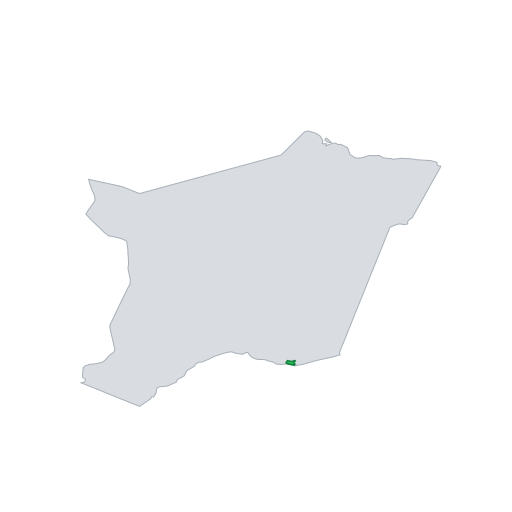 location of Funyula, Western, Kenya, rotated 255°
{"feature_id": "3690345B93161899730703", "entity_name": "Funyula", "entity_type": "district", "adm_level": 2, "iso_a3": "KEN", "parent_name": "Kenya", "parent_adm1": "Western", "projection": "equal_earth", "projection_center": [34.091, 0.245], "detail": "fine", "context": "in_parent", "style": "filled", "palette": "green", "viewbox_px": 512, "rotation_deg": 255, "n_neighbors": 0, "source": "geoboundaries", "source_scale": "gbopen_adm2", "svg_char_len": 4344}
<svg xmlns="http://www.w3.org/2000/svg" viewBox="0 0 512 512"><g transform="rotate(255 256 256)"><path d="M138.7,311.6L138.6,304.8L139.4,287.6L139.3,272.5L139.9,264.9L142.7,260.1L144.0,256.7L144.9,251.8L146.3,247.8L149.6,244.6L150.2,242.8L153.7,237.4L155.8,230.5L157.3,228.1L159.3,226.0L160.7,224.8L163.0,223.7L164.8,223.0L165.1,222.5L165.2,221.4L164.6,217.1L165.4,215.7L166.6,212.8L168.0,210.1L169.3,208.4L170.0,206.7L170.3,203.6L170.4,201.5L170.3,198.0L169.9,190.1L168.5,183.4L167.6,176.0L168.2,173.5L167.1,169.2L166.5,168.9L165.5,168.0L164.3,163.9L163.4,160.1L162.9,159.2L158.9,155.9L157.0,148.1L154.8,146.4L153.6,138.7L153.3,136.5L154.6,128.9L154.5,127.1L153.1,125.5L149.4,123.9L146.4,120.7L146.8,119.6L147.0,118.4L145.5,117.7L140.9,104.6L146.8,96.7L152.8,88.7L160.4,78.6L167.4,69.4L173.4,61.4L178.8,54.2L178.7,55.6L178.7,57.4L179.4,58.5L180.5,59.3L182.1,58.5L183.4,57.3L184.7,57.1L192.8,60.1L194.2,62.7L194.1,65.5L194.5,67.5L193.9,69.5L193.2,75.7L193.4,81.3L195.8,85.5L198.0,88.7L199.7,93.3L201.0,94.7L202.8,95.5L208.4,95.7L216.6,96.0L224.6,96.3L225.3,96.4L227.0,97.0L234.3,103.2L241.0,108.9L246.7,113.8L252.2,118.6L257.6,123.3L261.7,127.2L265.8,128.4L272.5,128.9L277.1,129.1L281.3,130.8L287.7,132.3L292.4,133.1L295.2,133.9L303.2,134.8L304.5,134.3L307.9,130.0L311.8,123.0L313.3,119.2L318.4,115.3L327.3,110.0L333.5,106.3L340.4,102.5L343.6,105.7L348.0,111.0L349.9,113.6L351.5,114.8L353.9,115.5L356.8,115.5L358.3,115.4L361.5,114.7L369.1,114.1L373.4,114.2L369.8,121.1L365.5,129.5L357.5,144.9L351.4,153.0L346.9,159.1L346.4,160.2L346.5,167.1L346.6,183.8L346.7,217.2L346.8,250.6L346.9,284.0L347.0,300.7L347.0,306.3L351.0,313.4L354.9,320.2L360.1,329.3L362.9,334.2L363.4,335.8L363.2,339.0L358.9,345.8L355.4,348.9L350.7,350.4L349.3,350.1L347.4,349.2L346.7,350.8L346.1,353.3L345.1,352.8L344.3,352.1L344.8,356.6L345.3,358.8L344.5,361.8L342.2,364.5L342.0,366.7L337.0,372.5L330.0,373.1L326.3,376.0L324.6,378.4L323.4,383.6L323.8,391.5L321.8,397.6L321.4,400.7L317.8,404.6L316.2,408.3L315.0,412.0L313.9,413.6L312.7,421.9L311.0,426.9L310.5,428.6L310.1,430.1L308.8,433.1L307.9,435.1L307.3,436.4L303.0,449.3L299.6,455.1L297.0,454.5L295.2,456.7L295.0,457.8L294.1,457.2L291.9,455.1L287.4,450.7L282.9,446.3L278.4,441.9L273.9,437.6L269.4,433.2L264.9,428.8L260.4,424.4L255.9,420.0L253.2,417.5L252.1,416.0L251.2,412.9L250.7,412.2L249.5,411.2L248.1,411.0L247.7,410.4L247.7,409.0L248.2,406.9L249.9,402.9L250.0,400.5L249.7,397.8L249.2,393.5L248.8,392.6L245.8,390.3L239.5,385.6L233.2,380.9L227.0,376.2L220.7,371.4L214.4,366.7L208.2,362.0L201.9,357.3L195.6,352.6L189.4,347.9L183.1,343.1L176.8,338.4L170.5,333.7L164.3,329.0L158.0,324.3L151.7,319.6L145.5,314.8L143.1,313.1L141.0,311.6L138.7,311.6ZM347.4,357.4L346.3,357.8L346.8,355.5L350.1,352.6L351.4,353.2L351.6,353.9L351.6,354.5L351.0,355.1L347.4,357.4Z" fill="#d9dde1" stroke="#a8b0b8" stroke-width="1"/><path d="M144.6,266.8L144.7,266.7L144.8,266.7L144.9,266.4L144.9,266.2L145.0,265.9L144.9,265.9L144.9,265.7L144.9,265.4L144.9,265.2L144.9,264.9L144.8,264.7L144.7,264.6L144.7,264.4L144.7,264.2L144.8,264.1L144.8,263.9L144.8,263.7L144.9,263.4L145.0,263.3L145.0,263.2L145.0,262.9L145.0,262.7L145.0,262.4L145.0,262.2L145.4,261.9L145.5,261.9L145.7,261.6L145.8,261.4L145.8,261.2L146.0,261.0L146.0,260.9L146.1,260.7L146.2,260.4L146.3,260.3L146.3,260.2L146.3,259.9L146.5,259.8L146.6,259.7L146.8,259.5L146.8,259.4L146.7,259.3L146.6,259.2L146.5,258.9L146.2,258.5L145.8,258.1L145.7,258.1L145.5,257.9L145.4,257.8L145.4,257.7L145.2,257.5L145.1,257.4L145.0,257.5L144.9,257.5L144.7,257.6L144.6,257.8L144.5,258.0L144.4,258.1L144.3,258.3L144.2,258.4L144.1,258.5L144.0,258.8L143.9,258.8L143.6,258.9L143.5,259.0L143.4,259.0L143.3,259.3L143.3,259.5L143.2,259.5L143.0,259.8L143.0,260.0L142.9,260.2L142.8,260.3L142.8,260.5L142.7,260.6L142.8,260.7L142.8,260.8L142.7,260.9L142.7,261.0L142.4,261.1L142.3,261.3L142.2,261.4L142.2,261.5L142.1,261.8L142.0,262.0L141.9,262.1L141.9,262.3L141.8,262.5L141.2,263.5L140.8,264.2L140.6,264.6L141.4,265.3L141.5,265.2L141.5,265.3L141.6,265.2L141.6,265.3L141.7,265.2L141.8,265.2L141.9,265.3L142.0,265.3L142.2,265.2L142.3,265.2L142.4,265.3L142.5,265.4L142.8,265.4L143.0,265.4L143.3,265.4L143.5,265.4L143.5,265.5L143.8,265.6L144.0,265.7L144.1,265.8L144.1,266.0L144.3,266.4L144.4,266.6L144.5,266.5L144.5,266.4L144.7,266.5L144.6,266.8L144.6,266.8Z" fill="#22c55e" stroke="#15803d" stroke-width="1.5"/></g></svg>